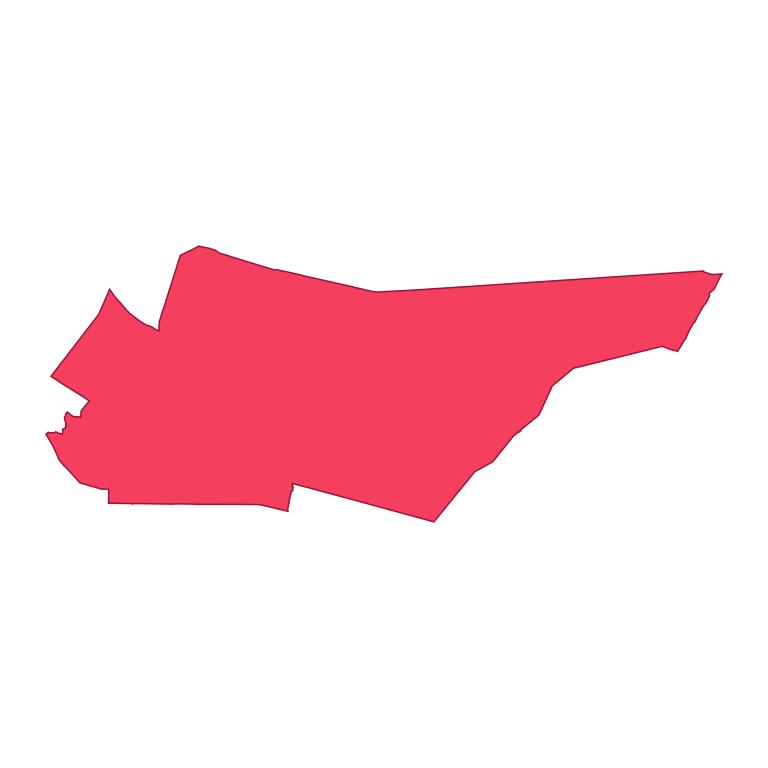 outline of Istria, Constanta, Romania
{"feature_id": "2599482B58172881706540", "entity_name": "Istria", "entity_type": "district", "adm_level": 2, "iso_a3": "ROU", "parent_name": "Romania", "parent_adm1": "Constanta", "projection": "robinson", "projection_center": [28.695, 44.556], "detail": "fine", "context": "isolated", "style": "filled", "palette": "rose", "viewbox_px": 768, "rotation_deg": 0, "n_neighbors": 0, "source": "geoboundaries", "source_scale": "gbopen_adm2", "svg_char_len": 4832}
<svg xmlns="http://www.w3.org/2000/svg" viewBox="0 0 768 768"><path d="M721.9,273.9L714.3,274.5L711.3,274.4L703.2,271.7L703.4,271.0L421.2,289.6L403.7,290.6L398.1,290.9L382.2,291.8L377.7,292.1L376.7,292.1L374.4,291.7L374.2,291.8L368.8,290.7L365.1,289.8L361.4,288.9L354.8,287.4L351.6,286.6L348.3,285.8L348.2,285.8L333.8,282.6L333.7,282.5L327.6,281.2L324.1,280.4L318.0,279.0L314.9,278.3L307.7,276.7L304.0,275.9L303.9,275.9L301.6,275.2L299.4,274.7L295.8,273.9L292.1,273.0L278.6,270.1L277.3,269.9L275.7,269.8L274.2,269.8L273.8,270.0L273.0,269.7L272.9,269.4L270.8,268.8L268.3,268.1L264.0,266.8L259.3,265.4L253.0,263.4L249.2,262.3L246.8,261.6L242.6,260.3L241.2,259.9L238.6,259.0L236.3,258.3L236.2,258.3L232.5,257.1L230.3,256.4L228.8,255.9L223.7,254.3L223.1,254.2L220.1,253.3L219.4,253.1L217.1,251.5L214.5,249.9L211.4,249.1L210.4,248.6L209.2,248.3L203.2,247.1L200.1,246.4L199.7,246.4L198.3,246.1L197.9,246.5L196.9,247.2L196.1,247.6L193.7,248.9L191.0,250.2L189.0,251.2L188.3,251.5L187.6,251.8L180.2,255.5L180.2,255.9L178.2,261.9L174.2,274.8L172.0,281.8L169.8,288.7L169.7,288.8L167.4,296.3L166.1,300.3L165.7,301.8L165.4,302.7L165.1,303.5L164.9,304.2L162.8,310.6L162.0,312.8L161.5,314.4L161.3,315.1L161.2,315.6L161.1,316.2L160.8,317.0L159.8,320.1L159.5,321.1L159.3,322.2L159.1,324.1L159.0,325.8L159.0,327.7L158.9,328.8L158.9,329.3L158.9,330.2L158.9,330.6L158.9,330.8L158.8,331.0L158.5,330.8L157.5,330.4L156.8,330.1L156.2,329.8L155.1,329.1L154.2,328.5L153.3,327.9L151.8,327.0L150.9,326.6L148.6,325.7L146.7,325.3L145.0,324.4L141.8,322.3L141.0,321.9L139.3,320.6L137.9,319.7L136.1,318.3L132.7,315.8L131.7,314.8L131.4,314.7L130.8,314.3L130.2,313.9L129.8,313.6L129.4,313.2L128.8,312.4L128.4,311.8L128.0,311.5L127.4,311.1L126.9,310.6L126.4,310.0L126.0,309.4L125.3,308.5L123.6,306.6L121.4,304.2L120.9,303.5L118.8,301.2L116.7,299.0L114.2,295.8L111.1,291.3L109.6,289.3L103.9,302.6L99.2,313.2L98.6,314.5L81.0,337.3L63.8,359.7L62.4,361.5L60.8,363.5L51.0,376.4L56.5,380.0L66.6,386.5L79.3,394.4L89.2,400.8L89.3,400.8L89.1,401.1L87.8,402.7L86.0,404.9L85.1,406.0L84.3,407.0L83.1,408.6L81.1,411.1L80.9,414.8L80.7,417.0L77.2,416.8L73.3,416.6L72.0,415.7L70.2,414.4L69.2,413.4L67.2,412.0L66.1,413.3L65.7,414.3L65.5,415.4L65.2,416.4L64.5,417.0L64.7,419.8L65.8,422.8L65.6,424.7L66.0,426.9L65.5,427.3L65.3,427.8L62.7,429.3L62.5,430.3L63.1,431.5L62.0,434.7L61.6,434.4L60.7,433.5L59.4,433.2L58.8,433.4L58.7,433.4L58.1,433.6L57.9,433.5L57.5,432.6L57.1,432.2L55.5,431.9L55.2,432.0L54.8,432.2L54.1,432.8L53.9,432.8L51.9,432.6L49.4,432.8L48.9,432.8L48.3,432.3L46.1,434.1L46.7,434.9L46.4,435.2L46.8,435.8L47.1,436.3L48.8,438.9L48.8,439.0L51.0,442.6L52.2,444.7L53.6,447.4L55.0,450.3L55.8,452.2L56.5,453.9L56.6,454.0L58.5,458.5L59.1,459.8L59.4,460.4L60.1,461.2L62.3,463.6L63.9,465.6L64.4,466.1L64.7,466.3L64.9,466.4L70.0,471.9L74.2,476.5L74.8,477.2L75.2,477.5L79.1,481.9L79.8,482.7L79.9,482.8L81.5,483.4L83.9,484.0L84.8,484.2L85.0,484.2L85.6,484.4L86.4,484.7L89.0,485.5L97.2,487.9L98.0,488.1L98.9,488.4L100.6,488.9L101.1,489.1L108.7,489.4L108.5,503.2L128.2,503.5L130.2,503.5L131.0,503.5L131.4,503.5L132.1,504.0L132.3,504.0L132.5,504.1L133.2,503.6L140.0,503.6L144.8,503.7L151.2,503.8L156.3,503.9L164.8,504.0L173.3,504.1L174.8,503.9L175.1,503.9L178.3,503.9L185.8,504.0L193.3,504.1L194.8,504.2L195.4,504.3L209.4,504.3L215.6,504.3L220.0,504.3L223.4,504.4L225.5,504.4L232.4,504.4L236.4,504.4L241.3,504.4L248.6,504.5L252.5,504.5L257.5,504.5L260.8,504.8L261.2,505.0L261.5,505.0L262.3,505.2L287.6,511.2L288.0,511.3L287.9,510.4L287.6,509.5L287.9,508.2L288.0,507.4L288.4,506.1L288.5,505.2L288.6,504.5L288.7,504.3L288.8,503.7L289.1,502.9L289.3,502.2L289.3,501.7L289.3,501.0L289.2,500.6L289.1,500.4L288.9,499.9L289.0,499.5L289.0,499.4L289.2,499.2L289.7,499.0L289.9,498.6L289.9,497.8L290.0,497.0L290.0,496.6L290.2,496.0L290.5,494.1L290.8,494.1L291.0,493.7L290.9,493.5L290.6,493.4L290.8,492.7L291.4,491.0L291.7,490.8L291.9,491.0L292.3,491.1L292.6,490.9L292.7,490.5L293.1,487.5L293.3,487.1L293.2,486.9L293.0,487.1L292.7,487.2L292.4,487.0L292.1,486.6L292.2,486.1L292.5,485.4L292.2,485.0L292.3,484.5L292.2,484.3L292.5,483.5L310.7,488.3L349.9,498.9L350.4,499.0L356.6,500.7L396.7,511.7L433.9,521.9L444.4,509.0L474.8,471.7L492.7,461.8L509.4,441.0L509.7,440.8L510.1,440.4L510.3,440.0L510.3,439.9L513.7,435.7L518.2,432.0L518.7,432.1L519.3,432.1L519.6,431.9L519.9,431.5L520.6,431.0L520.8,430.9L520.7,430.5L520.5,430.1L539.0,414.9L548.2,394.8L550.3,390.3L552.2,386.0L560.8,378.8L561.0,378.8L561.3,378.5L561.3,378.4L573.4,368.3L661.8,346.4L662.8,346.5L668.9,348.9L669.5,349.2L677.7,351.3L680.8,346.1L683.3,341.8L685.8,338.6L688.7,331.5L692.9,324.0L695.4,321.1L696.6,318.3L697.3,316.6L698.4,315.1L699.6,312.9L701.3,309.8L702.7,307.1L706.1,302.7L708.2,299.0L709.5,295.7L709.3,293.1L711.1,291.7L714.4,288.9L717.1,282.9L721.6,274.3L721.9,273.9Z" fill="#f43f5e" stroke="#9f1239" stroke-width="1.5"/></svg>